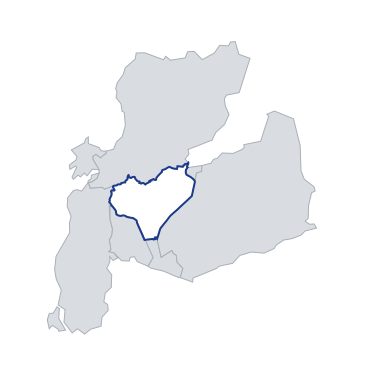 Iraq highlighted among its neighbors, rotated 277°
{"feature_id": "IRQ", "entity_name": "Iraq", "entity_type": "country or territory", "adm_level": 0, "iso_a3": "IRQ", "parent_name": "Asia", "parent_adm1": "", "projection": "robinson", "projection_center": [44.579, 33.218], "detail": "fine", "context": "with_neighbors", "style": "outline", "palette": "blue", "viewbox_px": 384, "rotation_deg": 277, "n_neighbors": 7, "source": "natural_earth", "source_scale": "50m", "svg_char_len": 6390}
<svg xmlns="http://www.w3.org/2000/svg" viewBox="0 0 384 384"><g transform="rotate(277 192 192)"><path d="M111.4,160.5L113.0,157.3L122.2,161.3L138.8,150.7L141.9,162.8L123.4,169.3L131.6,179.2L128.7,180.9L127.3,184.2L120.8,185.6L115.0,192.3L105.6,190.7L105.4,189.2L110.0,173.3L111.4,160.5Z" fill="#d9dde1" stroke="#a8b0b8" stroke-width="1"/><path d="M215.6,184.5L219.5,198.7L213.5,199.0L211.4,194.2L203.8,193.2L210.0,183.7L215.6,184.5Z" fill="#d9dde1" stroke="#a8b0b8" stroke-width="1"/><path d="M220.7,185.0L215.9,179.8L215.8,174.5L213.1,174.5L214.4,167.3L210.0,159.7L199.8,154.3L194.0,144.8L195.9,137.0L200.0,133.6L199.4,127.8L193.9,124.8L184.1,105.1L185.7,102.0L183.2,90.6L188.7,87.8L190.0,91.5L194.1,96.1L199.7,97.4L202.7,97.1L212.2,89.8L215.2,89.1L217.7,92.0L214.9,96.9L220.1,102.1L222.1,101.6L224.8,108.9L232.6,111.0L238.5,116.0L250.2,117.7L262.9,115.0L263.6,112.7L270.8,110.8L276.4,105.1L281.9,105.4L285.4,103.6L291.2,104.5L300.5,109.5L307.1,110.6L317.0,119.4L323.2,119.7L324.4,128.1L319.8,147.7L323.5,149.2L320.2,154.6L324.3,168.9L330.7,170.6L331.8,177.0L324.6,186.0L332.6,197.2L340.9,201.6L341.5,210.4L345.6,212.0L346.5,216.6L334.4,221.7L331.7,233.3L296.4,226.7L292.4,214.5L288.3,212.7L281.8,214.5L273.3,219.3L262.9,216.0L254.1,208.4L245.9,205.5L233.7,182.8L229.2,184.4L223.8,181.1L220.7,185.0Z" fill="#d9dde1" stroke="#a8b0b8" stroke-width="1"/><path d="M113.0,157.3L116.2,146.2L120.8,142.5L119.5,138.6L115.8,138.1L115.2,130.5L122.0,122.0L122.6,116.5L125.2,118.4L134.3,115.7L138.6,117.5L145.4,117.5L154.9,113.8L168.7,112.4L164.4,118.6L159.9,121.1L160.6,128.3L157.3,140.3L122.2,161.3L113.0,157.3Z" fill="#d9dde1" stroke="#a8b0b8" stroke-width="1"/><path d="M188.6,113.0L184.6,114.7L181.8,112.2L172.2,110.9L154.9,113.8L145.4,117.5L138.6,117.5L134.3,115.7L125.2,118.4L122.6,116.5L122.0,122.0L117.4,126.4L114.5,121.9L117.8,118.2L112.7,119.0L105.9,116.7L100.0,122.4L87.5,123.5L81.1,118.2L72.2,117.9L70.1,122.0L64.3,123.2L56.7,117.9L47.7,118.1L43.5,108.2L37.9,102.7L42.3,95.0L37.5,90.3L47.2,80.8L59.7,80.4L63.6,72.9L78.8,74.2L88.9,67.9L98.3,65.1L111.6,64.9L136.8,75.6L146.2,74.1L153.1,75.0L162.7,69.8L171.3,69.4L179.0,74.2L180.3,77.7L179.5,82.4L188.7,87.8L183.2,90.6L185.7,102.0L184.1,105.1L188.6,113.0ZM38.9,67.0L47.4,63.9L54.1,65.2L54.8,69.0L61.6,72.1L60.0,74.6L50.4,75.1L39.5,83.4L37.6,76.8L39.6,75.7L42.6,69.6L38.9,67.0Z" fill="#d9dde1" stroke="#a8b0b8" stroke-width="1"/><path d="M199.6,68.0L203.9,67.0L209.5,72.9L213.0,73.6L219.1,67.1L227.7,79.3L231.5,79.8L234.0,82.4L227.4,83.2L224.8,94.4L221.8,96.7L222.1,101.6L220.1,102.1L214.9,96.9L217.7,92.0L215.2,89.1L212.2,89.8L202.7,97.1L202.5,90.3L195.3,85.9L197.6,82.8L193.3,79.4L194.9,76.9L190.2,72.7L192.1,71.1L202.5,74.5L203.6,73.3L199.6,68.0ZM199.7,97.4L194.1,96.1L190.0,91.5L188.7,87.8L190.4,87.5L192.8,90.2L196.4,90.2L199.7,97.4Z" fill="#d9dde1" stroke="#a8b0b8" stroke-width="1"/><path d="M105.6,190.7L115.0,192.3L120.8,185.6L127.3,184.2L128.7,180.9L131.6,179.2L123.4,169.3L141.9,162.8L152.0,165.5L164.4,172.4L188.1,192.5L211.4,194.2L213.5,199.0L219.5,198.7L222.9,207.3L227.1,209.5L228.6,213.0L234.4,217.2L235.3,228.0L240.3,236.5L242.9,238.5L245.3,237.7L250.7,253.9L276.6,258.9L278.3,256.8L282.4,263.9L277.0,283.8L251.2,293.7L226.3,297.6L218.2,302.0L212.0,312.5L208.0,314.1L205.8,310.8L192.5,309.3L180.2,310.5L176.6,307.9L174.3,312.8L175.2,317.0L171.4,320.1L167.0,308.9L162.5,305.4L157.9,297.0L155.5,288.9L149.6,282.1L145.8,280.4L140.1,270.9L139.6,258.1L134.8,247.1L126.2,241.1L121.7,228.0L119.2,225.8L106.8,203.6L102.6,203.6L105.6,190.7Z" fill="#d9dde1" stroke="#a8b0b8" stroke-width="1"/><path d="M168.8,113.6L169.6,113.4L171.0,112.2L171.9,111.1L172.2,111.0L173.0,111.4L173.5,111.5L174.8,111.0L175.6,111.3L176.2,111.6L176.6,111.6L178.3,112.3L178.7,112.4L179.6,112.4L180.9,112.5L181.8,112.0L182.4,111.6L182.8,111.6L183.2,111.7L183.5,111.9L183.8,112.2L184.0,112.7L183.9,114.2L184.0,114.6L184.3,114.9L184.6,114.9L184.9,114.6L185.5,114.1L186.3,113.6L186.9,113.1L187.2,112.9L187.7,113.0L188.2,113.1L188.5,113.3L188.8,114.1L189.5,116.7L189.9,117.0L190.3,117.3L190.6,117.7L190.7,118.1L190.7,118.7L190.7,119.4L190.9,119.9L191.1,120.3L191.4,120.6L191.7,120.6L192.2,120.7L192.4,121.1L193.4,124.1L193.4,124.5L193.8,124.6L194.5,124.5L195.1,124.8L195.8,125.3L196.4,126.2L196.9,126.4L198.2,126.2L200.1,126.4L201.0,126.9L200.9,127.1L200.2,127.5L199.0,127.9L198.7,128.5L198.5,129.3L198.5,129.8L198.8,130.3L199.7,131.3L199.7,131.7L199.9,132.2L200.0,132.6L199.9,133.3L199.1,133.7L198.1,134.2L196.1,136.5L196.0,137.0L196.0,138.4L195.8,138.8L195.1,138.8L194.6,138.7L194.6,139.2L194.3,139.8L194.1,140.4L194.9,141.6L195.0,142.3L194.9,143.0L194.2,144.0L193.8,144.8L194.4,145.2L196.1,147.6L196.6,148.4L197.4,148.2L197.6,148.2L197.8,148.4L198.0,148.6L198.0,149.0L197.8,149.5L198.7,149.8L199.0,150.3L200.1,152.1L200.0,152.7L199.5,153.6L199.5,154.2L199.6,154.7L199.8,154.9L201.3,154.9L202.0,155.1L203.6,156.1L205.5,157.5L207.0,158.7L208.3,159.7L209.6,159.7L210.0,159.8L210.3,160.2L210.7,161.0L211.5,162.9L212.2,163.5L213.3,165.0L214.2,166.4L213.6,168.3L213.0,170.3L213.0,172.9L213.1,174.3L214.4,174.4L215.8,174.4L215.9,176.1L215.9,177.8L215.9,179.7L216.4,179.7L217.1,180.1L217.4,180.8L217.7,181.1L218.2,181.1L218.6,181.4L219.1,182.0L219.2,182.4L219.1,182.7L219.2,183.2L219.5,183.9L219.9,184.2L220.5,184.7L219.7,184.9L218.9,184.7L217.1,183.9L216.5,183.9L215.7,184.2L215.7,184.5L213.8,183.5L213.1,183.3L212.8,183.3L211.8,183.3L210.2,183.5L209.3,183.9L208.7,184.3L208.4,184.7L208.3,184.9L207.8,186.0L207.2,187.5L206.7,188.9L205.5,190.8L204.9,191.7L203.5,193.3L202.0,193.6L198.6,193.3L194.8,192.9L191.0,192.6L188.2,192.3L187.9,192.2L185.1,189.9L182.9,188.1L180.2,185.8L177.4,183.4L174.6,181.1L172.5,179.4L170.0,177.1L167.7,175.1L165.9,173.5L163.6,172.1L161.8,171.1L159.2,169.5L157.2,168.2L155.4,167.1L152.6,165.4L151.7,165.0L148.9,164.4L146.2,164.0L143.4,163.5L141.5,163.1L142.7,162.0L142.4,160.9L141.5,161.1L140.7,161.3L140.2,159.7L140.8,159.5L140.3,157.3L139.7,155.1L139.2,152.9L138.6,150.7L141.0,149.3L142.8,148.3L145.3,146.8L147.6,145.4L149.9,144.0L152.4,142.5L154.7,141.2L156.7,140.6L157.2,140.2L158.1,138.4L158.9,136.8L159.0,136.5L159.0,134.3L159.2,131.7L159.4,130.3L159.9,129.1L160.3,128.2L160.4,127.3L160.4,126.5L159.9,125.2L159.5,123.9L159.6,122.6L159.7,121.9L160.0,120.8L160.4,120.0L161.0,119.5L162.9,119.0L164.0,118.7L165.6,117.3L166.5,116.4L167.8,115.1L168.7,114.1L168.8,113.8L168.8,113.6Z" fill="none" stroke="#1e3a8a" stroke-width="2"/></g></svg>